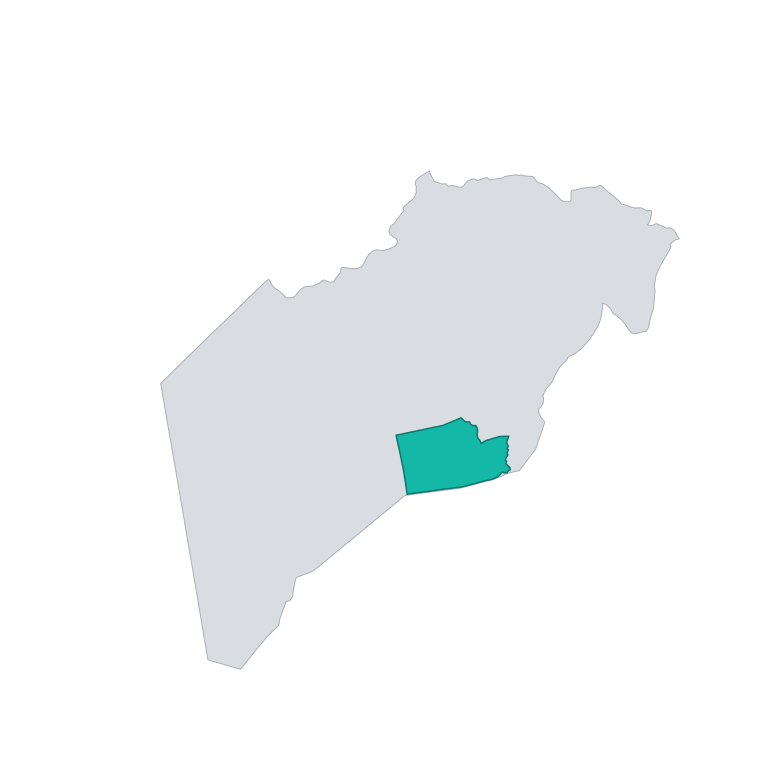 Nord Kanem, Kanem, Chad shown in context, rotated 227°
{"feature_id": "50815135B74780249962770", "entity_name": "Nord Kanem", "entity_type": "district", "adm_level": 2, "iso_a3": "TCD", "parent_name": "Chad", "parent_adm1": "Kanem", "projection": "equal_earth", "projection_center": [14.386, 15.416], "detail": "fine", "context": "in_parent", "style": "filled", "palette": "teal", "viewbox_px": 768, "rotation_deg": 227, "n_neighbors": 0, "source": "geoboundaries", "source_scale": "gbopen_adm2", "svg_char_len": 6190}
<svg xmlns="http://www.w3.org/2000/svg" viewBox="0 0 768 768"><g transform="rotate(227 384 384)"><path d="M536.8,221.2L537.2,238.7L537.6,256.3L537.9,273.9L538.3,291.5L538.6,309.1L538.9,326.8L539.3,344.5L539.6,362.2L539.7,368.0L539.3,370.4L539.2,370.7L538.6,371.1L531.6,369.4L528.5,369.4L524.2,370.7L517.9,371.3L513.8,371.1L511.0,374.2L508.8,377.9L510.0,386.7L509.8,389.6L509.0,392.6L507.1,395.2L505.2,397.3L504.1,399.1L502.7,403.1L501.7,405.0L501.8,407.5L501.5,410.1L500.3,411.5L497.4,412.5L495.5,413.7L494.0,415.6L493.0,417.0L493.6,418.8L494.3,421.3L494.8,425.3L495.1,427.6L496.6,429.5L497.5,430.8L497.8,432.5L497.0,433.8L493.4,436.7L492.0,437.8L490.4,439.2L489.7,439.8L487.1,442.5L485.8,444.9L485.2,446.9L485.3,449.7L486.7,453.8L488.2,457.4L488.8,460.0L489.1,462.9L489.0,465.7L488.3,468.1L487.0,470.3L482.1,474.3L479.7,478.8L477.8,484.3L477.3,487.2L477.9,489.2L478.9,490.9L480.4,491.7L482.6,492.0L486.1,491.1L489.5,490.5L493.0,492.4L494.9,497.0L494.2,500.3L495.6,506.4L496.9,513.7L496.9,516.2L497.4,517.1L499.6,517.6L500.1,519.3L499.5,532.1L500.6,535.7L502.1,538.3L503.8,539.6L505.5,541.3L506.4,542.5L508.3,542.8L510.6,545.2L511.2,548.3L511.1,551.3L509.9,557.8L508.9,562.2L507.6,561.9L505.0,560.8L501.8,559.9L497.9,559.1L494.2,560.9L490.3,563.2L489.0,565.0L487.9,566.0L486.2,565.8L484.5,566.1L483.7,567.7L482.2,569.6L476.5,573.3L475.3,574.7L474.6,576.1L474.6,577.6L475.2,580.6L475.2,584.4L474.0,587.5L472.5,589.6L470.8,590.4L469.4,590.8L468.5,592.1L465.5,599.1L464.2,600.4L461.6,600.2L454.0,610.7L453.3,613.8L450.6,618.2L447.1,623.1L443.9,625.4L443.7,626.3L442.9,627.3L440.9,628.3L434.2,634.3L426.2,634.0L422.6,636.4L419.2,637.4L414.1,638.6L412.6,638.5L406.1,638.9L398.5,638.8L395.6,639.6L392.8,641.9L390.8,643.9L390.5,644.5L390.8,645.4L390.7,646.0L396.1,650.9L397.4,653.3L396.1,655.6L395.5,655.9L395.4,656.1L394.5,657.9L391.4,663.4L386.7,669.9L384.3,671.7L383.3,673.0L382.1,677.3L381.2,677.9L378.0,678.4L371.5,678.9L362.6,680.3L357.2,680.8L353.9,680.4L349.2,683.4L347.5,684.1L346.5,684.4L341.8,687.3L338.0,691.7L336.6,692.6L331.2,694.5L329.0,697.6L328.0,697.8L324.5,693.8L322.1,690.1L320.9,686.3L320.8,685.1L320.1,685.4L318.2,687.0L316.6,688.9L315.8,692.5L310.2,694.9L305.4,697.0L303.2,699.6L299.8,700.9L295.5,700.4L292.2,699.3L288.9,698.9L290.5,695.7L291.1,693.2L291.2,690.3L291.0,688.3L289.0,687.3L287.8,685.7L285.0,676.3L282.1,666.7L278.0,657.2L273.5,651.2L270.3,647.5L269.3,647.1L267.6,645.9L266.5,644.8L260.6,638.4L254.5,631.2L253.0,627.9L249.9,623.0L246.5,618.0L244.7,615.7L243.9,611.6L246.3,607.8L248.8,603.1L251.9,600.0L255.9,599.8L262.5,601.1L269.6,601.5L276.6,600.5L278.4,599.9L280.2,599.9L284.0,601.0L290.6,600.8L294.0,598.9L290.3,595.6L286.4,590.5L282.7,584.8L280.4,579.7L278.4,573.1L276.5,565.0L275.3,554.4L275.5,548.5L276.1,544.2L278.1,537.3L276.7,533.2L277.0,529.9L276.8,525.1L276.2,522.6L273.6,514.5L273.1,513.7L270.8,508.1L269.8,498.8L267.3,492.6L263.2,489.7L260.8,486.0L260.0,479.7L258.4,478.0L251.9,475.8L246.6,475.7L242.6,468.5L237.6,459.3L233.0,450.7L230.0,433.6L228.3,423.7L230.3,420.8L234.1,413.8L239.0,400.4L250.0,379.8L255.6,369.2L266.8,353.5L280.5,334.2L288.2,323.3L289.4,303.5L290.7,282.6L291.6,266.8L292.8,248.2L293.8,232.6L294.5,221.2L295.5,205.2L296.4,202.1L301.7,189.5L302.2,187.8L301.2,185.7L293.5,175.1L291.1,172.7L289.8,167.2L291.7,164.0L282.5,146.2L280.3,144.0L279.3,141.8L279.1,138.6L279.0,126.3L276.5,107.0L273.3,84.5L283.9,78.1L292.0,73.3L302.3,67.1L311.9,73.4L325.8,82.6L339.7,91.8L353.7,101.0L367.6,110.2L381.6,119.4L395.7,128.6L409.7,137.8L423.7,147.1L437.8,156.3L451.9,165.5L466.0,174.8L480.2,184.1L494.3,193.3L508.5,202.6L522.7,211.9L536.8,221.2Z" fill="#d9dde1" stroke="#a8b0b8" stroke-width="1"/><path d="M334.3,355.5L334.2,355.4L324.2,349.6L306.6,338.8L301.8,335.5L296.6,332.0L291.4,328.3L289.3,326.9L287.6,325.8L285.0,329.5L284.5,330.2L284.0,331.0L283.9,331.1L282.9,332.5L282.3,333.2L282.2,333.4L281.9,333.8L281.8,334.0L281.4,334.6L281.1,335.0L280.7,335.6L280.1,336.4L279.8,336.9L278.3,338.9L277.1,340.6L274.5,344.2L274.4,344.3L274.2,344.6L273.0,346.4L271.9,347.9L271.8,348.1L271.7,348.3L269.3,351.6L268.9,352.3L268.7,352.6L268.3,353.1L267.6,354.1L266.8,355.3L266.5,355.8L265.2,357.6L264.1,358.9L263.8,359.3L263.6,359.7L263.5,359.9L263.1,360.4L263.1,360.5L262.7,361.1L262.3,361.6L262.0,362.0L261.1,363.1L260.8,363.5L260.7,363.7L260.6,363.9L260.2,364.5L259.9,364.8L259.6,365.2L258.1,367.2L257.9,367.6L257.7,367.8L257.0,368.7L256.3,369.7L256.2,369.9L256.1,370.0L255.3,371.5L254.4,372.9L254.3,373.1L254.1,373.5L253.9,373.8L253.8,374.2L253.8,374.3L253.6,374.5L253.1,375.3L253.0,375.5L252.9,375.6L251.8,377.5L251.7,377.7L251.7,377.8L251.5,378.2L251.3,378.6L251.1,379.0L250.8,379.6L250.2,380.7L249.4,382.1L249.0,382.9L248.4,384.1L248.2,384.4L248.1,384.7L247.9,385.1L247.8,385.4L247.7,385.5L247.4,385.9L247.3,386.1L246.2,388.2L246.2,388.3L245.8,389.0L245.5,389.5L245.3,390.0L245.1,390.4L245.0,390.5L244.9,390.6L244.8,390.9L244.8,391.0L244.6,391.3L244.1,392.2L243.8,392.8L243.4,393.5L243.0,394.1L242.9,394.3L242.7,394.4L242.7,394.6L242.5,394.9L242.3,395.2L242.0,395.6L241.9,395.8L240.9,397.3L240.7,397.6L240.6,397.8L240.4,398.5L240.3,398.9L240.2,399.1L240.1,399.3L239.9,399.8L239.7,400.8L239.6,401.0L238.7,403.7L238.7,403.9L238.6,404.0L238.5,404.3L238.5,404.5L238.5,404.9L238.5,405.0L238.5,405.8L238.5,406.2L238.5,406.5L238.5,406.9L238.6,407.1L238.7,407.8L239.0,409.2L239.1,409.3L239.1,409.9L239.1,410.1L238.8,410.4L238.7,410.5L238.4,410.8L238.2,410.9L237.9,411.2L237.8,411.3L237.3,411.1L237.2,411.1L236.0,412.5L235.9,412.7L235.6,412.9L235.4,413.2L235.1,413.5L235.1,413.8L235.5,414.4L235.6,414.5L235.5,415.5L235.6,416.1L235.6,416.4L235.7,416.9L235.4,417.2L235.0,417.6L234.8,417.8L234.7,417.8L236.7,418.5L237.0,419.1L238.2,419.0L240.6,418.9L242.7,418.8L243.8,421.0L244.7,420.9L245.5,420.9L247.1,423.5L247.5,426.2L249.4,426.6L250.9,429.9L251.8,429.9L252.7,429.9L253.9,432.6L255.4,433.1L257.7,433.7L259.6,437.5L260.2,438.4L260.8,439.5L263.1,437.0L266.6,433.0L269.5,427.3L271.3,423.5L273.2,419.9L274.2,414.6L278.3,415.9L280.3,415.6L283.6,417.6L285.6,420.3L288.5,422.2L291.1,422.8L292.8,420.7L295.8,419.8L297.8,420.8L300.6,417.9L302.1,417.5L306.7,417.3L313.5,398.9L338.3,357.9L334.3,355.5Z" fill="#14b8a6" stroke="#0f766e" stroke-width="1.5"/></g></svg>